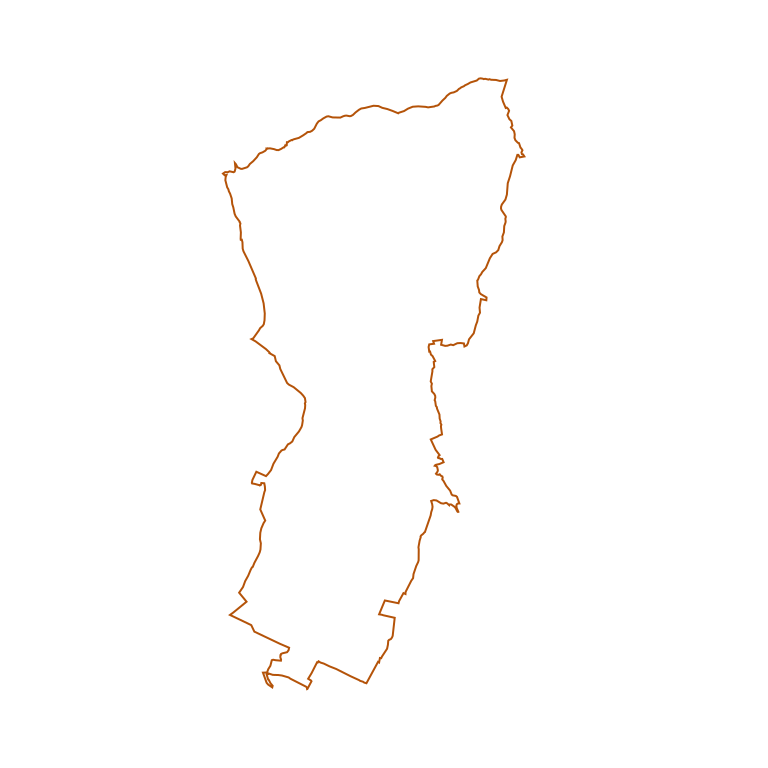 Basesti, Maramures, Romania (orthographic projection), rotated 67°
{"feature_id": "2599482B19059750239564", "entity_name": "Basesti", "entity_type": "district", "adm_level": 2, "iso_a3": "ROU", "parent_name": "Romania", "parent_adm1": "Maramures", "projection": "orthographic", "projection_center": [23.105, 47.497], "detail": "fine", "context": "isolated", "style": "outline", "palette": "amber", "viewbox_px": 768, "rotation_deg": 67, "n_neighbors": 0, "source": "geoboundaries", "source_scale": "gbopen_adm2", "svg_char_len": 6165}
<svg xmlns="http://www.w3.org/2000/svg" viewBox="0 0 768 768"><g transform="rotate(67 384 384)"><path d="M561.3,600.1L582.6,581.2L589.7,574.4L591.8,575.9L593.0,578.0L592.2,582.8L592.3,584.3L593.3,585.0L593.2,585.3L595.0,586.2L597.4,586.4L598.4,587.0L595.9,591.7L594.5,593.8L594.4,595.2L599.0,598.7L601.3,602.0L604.1,604.6L603.6,605.0L602.4,608.2L613.2,608.8L615.4,608.1L619.6,605.4L618.3,604.4L615.1,605.4L611.1,605.7L610.8,606.1L605.3,605.5L605.2,605.3L605.7,604.1L605.0,603.8L608.3,600.0L610.6,595.0L612.5,591.8L616.9,586.4L618.6,585.4L632.2,574.0L633.1,573.6L634.8,574.0L634.8,573.7L629.3,566.9L628.5,567.0L625.7,569.0L621.9,563.7L614.0,554.3L614.5,553.8L613.7,552.6L615.6,551.3L617.8,548.7L622.6,544.5L627.6,539.4L640.1,528.8L646.9,522.6L648.0,521.9L649.8,519.7L651.1,518.9L652.6,517.1L637.4,498.0L638.4,497.3L634.6,494.8L635.3,493.7L634.1,492.4L628.9,484.6L625.6,482.3L622.0,480.4L621.5,479.3L621.5,477.4L620.5,475.7L619.2,474.4L603.4,465.5L596.6,475.0L595.6,476.1L594.1,478.5L583.6,467.8L591.5,456.3L589.7,454.9L584.1,447.8L585.7,446.3L583.9,445.4L583.1,444.5L575.7,435.7L574.1,433.1L570.5,431.1L564.1,425.4L561.3,422.2L559.8,421.0L549.7,416.6L547.8,416.1L542.1,412.4L539.4,410.1L538.6,409.9L537.9,408.9L537.2,406.4L536.3,404.7L536.3,404.2L523.2,392.4L520.4,390.6L518.0,388.5L516.0,387.3L513.4,386.6L510.1,386.3L510.3,383.6L511.7,381.2L516.0,378.1L517.3,376.1L517.6,373.3L518.5,372.5L520.9,371.4L520.6,371.2L520.6,370.4L521.2,369.2L524.4,367.2L526.0,366.6L530.0,366.3L530.7,365.9L530.7,365.5L526.3,365.5L524.0,364.8L523.1,363.8L522.9,362.6L523.4,361.3L516.4,360.9L515.1,361.6L513.3,364.3L512.2,364.9L508.0,364.8L502.2,366.5L496.4,367.1L494.8,367.6L494.3,367.6L493.3,366.6L491.9,366.4L490.6,367.5L488.9,368.0L489.0,369.0L488.0,370.7L486.9,371.2L485.5,368.9L484.4,368.1L481.3,367.5L479.9,368.1L479.1,369.2L478.7,368.5L478.7,367.6L479.3,364.3L479.3,359.7L475.7,359.7L475.0,361.3L474.1,361.7L473.4,363.0L472.8,363.1L471.7,362.0L471.2,360.6L464.8,362.2L453.3,362.6L453.3,355.2L452.9,353.4L453.1,350.3L447.0,348.7L444.9,348.0L443.9,347.1L442.0,347.3L440.5,346.5L437.7,346.3L433.8,344.9L427.2,344.8L426.0,344.4L424.4,344.8L419.9,343.6L418.7,343.7L416.6,342.1L414.9,341.5L412.8,341.6L409.5,342.8L404.4,341.2L402.4,339.8L399.9,340.0L391.3,334.5L389.3,333.7L388.1,331.1L383.1,329.6L382.9,327.9L377.2,328.4L375.3,329.3L372.1,328.9L371.9,329.7L367.4,328.5L365.2,326.9L366.5,322.2L363.7,322.0L366.0,313.4L370.2,316.1L372.8,312.8L373.5,310.7L373.8,307.1L375.3,305.1L375.1,300.6L376.2,297.5L377.9,294.6L380.9,295.3L380.8,292.8L379.3,290.8L376.1,288.3L372.4,281.6L365.8,276.5L363.0,273.8L357.9,270.4L355.9,267.8L351.0,266.2L343.7,261.6L346.9,257.1L345.8,256.5L344.4,255.8L339.2,259.7L337.0,260.5L334.6,259.8L330.8,259.6L325.2,257.7L324.7,256.7L322.0,254.1L320.9,251.8L319.3,249.8L317.1,245.0L309.6,237.4L306.7,233.2L306.6,229.4L305.4,226.5L302.2,223.8L299.5,220.0L297.9,218.6L294.5,217.4L291.3,214.4L285.6,211.6L282.9,209.1L281.7,208.4L279.4,207.8L277.9,206.6L277.3,206.4L269.7,207.9L268.1,207.7L266.5,206.9L264.8,205.4L261.7,200.2L257.7,196.9L247.5,191.6L242.0,186.8L233.1,180.1L229.4,175.3L225.2,171.7L225.6,170.8L228.4,170.5L229.4,165.9L227.0,166.3L226.4,167.2L224.5,167.0L222.9,165.2L220.6,165.6L219.8,166.0L215.0,165.6L214.3,166.5L211.0,167.8L208.4,167.7L205.2,166.1L202.1,165.5L197.4,166.9L196.3,164.9L191.6,164.0L189.3,165.1L184.7,165.3L181.4,162.1L179.4,162.2L177.5,163.0L177.5,164.1L170.5,164.1L165.5,163.5L152.0,152.0L151.6,154.7L150.4,158.8L147.9,162.1L145.8,166.5L144.6,167.9L144.6,168.9L142.6,171.6L142.3,173.1L141.6,173.7L140.4,175.6L140.0,177.3L140.9,180.0L140.2,186.6L140.6,189.6L140.7,192.7L141.1,194.1L141.1,197.1L141.5,198.2L141.6,199.6L142.7,202.4L142.8,205.9L142.3,208.2L142.3,210.0L143.3,213.6L144.6,215.8L145.9,219.4L148.5,224.8L148.5,226.3L148.1,228.0L148.2,229.2L146.6,235.3L145.1,237.5L141.8,244.0L140.0,249.2L139.9,254.3L140.6,258.9L140.1,264.2L140.4,265.1L136.0,269.4L132.2,273.5L129.1,277.7L126.0,280.5L123.8,284.9L122.4,293.8L121.5,297.3L121.8,299.9L122.9,304.1L124.2,307.5L124.4,309.9L124.1,310.9L122.3,313.6L121.8,315.0L121.6,316.8L121.7,320.1L118.5,327.2L115.8,330.6L115.4,332.4L115.8,336.2L116.5,339.1L116.7,341.6L118.1,344.1L121.8,348.5L122.8,351.3L123.0,353.5L122.2,356.1L122.7,357.3L123.5,361.2L124.2,366.2L123.5,371.3L123.5,372.8L123.7,373.2L123.3,373.7L123.5,376.8L123.9,377.9L123.5,378.9L126.3,380.3L126.3,381.5L125.8,381.7L127.2,383.3L126.9,383.9L127.4,386.8L127.5,389.7L126.7,391.4L124.8,393.5L122.5,396.9L122.1,398.3L121.6,398.9L121.8,399.5L121.3,400.2L122.1,400.6L122.9,402.1L123.3,405.3L123.1,408.0L123.4,409.3L125.6,412.5L127.8,417.4L129.0,421.4L130.6,424.0L131.0,425.5L130.5,430.7L129.9,431.8L127.2,434.2L124.0,434.4L122.4,434.9L127.6,436.5L130.1,438.5L130.3,439.7L127.9,443.0L128.0,445.1L126.9,447.4L127.4,450.0L129.6,449.1L130.0,447.3L131.5,448.8L134.4,450.4L141.7,451.5L144.0,451.2L146.0,451.5L148.6,451.3L153.7,451.7L159.1,453.4L162.5,453.7L168.9,455.0L171.8,455.0L178.3,453.4L178.8,453.7L180.0,453.4L181.8,454.6L188.5,456.5L194.5,459.3L195.3,459.5L195.6,458.5L198.2,458.9L204.2,461.2L207.0,461.5L217.7,460.8L236.8,460.7L237.2,461.1L239.0,461.3L252.9,461.8L262.7,463.3L272.5,466.2L278.7,469.1L282.0,471.3L283.1,472.9L284.2,476.2L285.7,478.1L290.9,486.6L290.9,488.4L294.5,485.6L305.8,479.0L309.9,477.2L311.0,476.9L311.1,477.2L315.6,473.7L320.8,474.6L326.0,473.0L329.6,473.6L345.2,472.8L347.4,471.8L351.6,468.4L359.8,464.1L363.2,462.9L366.1,462.3L370.0,463.3L370.9,464.4L372.5,464.7L375.5,466.2L383.6,472.4L385.9,473.0L389.9,475.5L391.4,476.8L394.5,480.9L397.8,487.3L401.1,490.9L401.9,493.8L402.0,496.0L405.4,501.1L405.1,503.2L405.2,504.4L406.9,507.9L409.4,510.3L414.2,516.9L419.1,521.6L421.5,525.9L422.7,528.6L414.9,535.8L420.9,542.6L423.4,544.3L424.0,544.3L425.4,542.1L428.0,538.8L428.6,537.6L428.8,537.7L428.9,537.1L428.6,536.6L427.2,535.6L428.6,533.0L431.8,533.7L435.2,534.9L436.8,536.4L451.1,546.9L463.3,546.7L465.0,549.2L468.9,553.3L472.6,556.0L478.5,558.9L482.5,559.6L488.1,562.4L490.4,564.2L493.1,567.1L498.0,573.2L501.1,576.3L501.2,577.2L502.9,579.3L507.5,584.0L511.2,588.8L515.8,593.1L519.5,598.9L530.7,595.6L535.5,612.1L536.4,616.0L554.1,600.4L561.3,600.1Z" fill="none" stroke="#b45309" stroke-width="2"/></g></svg>